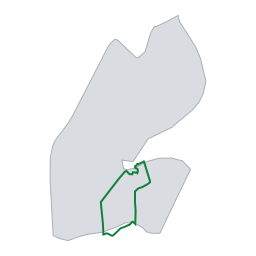 location of Dilkhil, Dikhil, Djibouti
{"feature_id": "41766387B9467441741428", "entity_name": "Dilkhil", "entity_type": "district", "adm_level": 2, "iso_a3": "DJI", "parent_name": "Djibouti", "parent_adm1": "Dikhil", "projection": "equal_earth", "projection_center": [42.604, 11.271], "detail": "fine", "context": "in_parent", "style": "outline", "palette": "green", "viewbox_px": 256, "rotation_deg": 0, "n_neighbors": 0, "source": "geoboundaries", "source_scale": "gbopen_adm2", "svg_char_len": 1836}
<svg xmlns="http://www.w3.org/2000/svg" viewBox="0 0 256 256"><path d="M190.5,169.3L182.3,186.4L171.8,208.3L159.9,233.2L152.4,233.4L146.6,231.9L142.7,227.7L134.5,223.1L125.3,222.8L116.5,227.1L101.6,232.4L88.1,234.2L77.3,237.1L68.3,240.6L60.2,238.8L53.2,235.6L51.7,209.1L50.1,180.4L50.3,158.0L52.8,145.6L55.0,140.8L67.7,123.7L72.1,116.7L86.6,88.5L99.0,64.3L108.3,46.2L111.2,42.6L115.1,39.2L117.9,40.2L135.9,57.6L139.1,57.1L145.1,51.7L150.6,33.1L154.4,26.3L156.1,26.5L167.6,21.2L178.1,15.4L179.5,21.5L195.4,46.5L200.6,58.8L205.9,81.4L203.1,94.0L199.0,102.1L192.9,109.5L171.7,127.4L148.1,138.8L133.1,161.6L121.9,160.1L123.6,168.8L127.7,169.7L134.3,168.1L147.2,161.4L158.8,158.3L171.2,158.0L182.5,160.9L190.5,169.3Z" fill="#d9dde1" stroke="#a8b0b8" stroke-width="1"/><path d="M100.8,202.1L102.9,223.7L103.4,234.5L104.5,234.2L105.6,233.6L106.1,233.4L107.7,233.6L109.8,234.6L110.7,235.3L112.6,235.7L113.6,235.0L113.7,234.9L114.9,233.6L115.9,232.9L119.7,229.0L120.9,228.2L124.0,227.1L125.5,226.5L128.5,225.0L129.2,225.0L130.3,224.1L131.6,222.2L132.3,221.8L133.1,221.8L134.4,222.9L134.6,223.2L134.6,223.3L135.3,224.0L135.6,210.7L135.0,201.9L135.0,191.4L138.3,188.4L142.2,187.1L147.7,184.1L150.0,182.3L150.0,181.1L143.9,161.4L143.7,161.4L143.0,162.2L141.5,162.5L140.7,163.1L140.5,163.3L139.8,163.4L138.5,164.4L138.0,164.4L137.7,164.0L137.3,164.0L137.2,164.4L136.2,165.6L135.3,165.8L135.0,166.4L135.0,166.9L135.7,167.7L135.4,168.0L135.8,168.4L137.1,168.7L137.6,169.2L137.8,170.5L137.7,170.9L137.5,171.5L137.8,171.7L137.8,171.9L137.5,172.3L137.3,173.0L136.9,172.6L136.1,172.8L134.5,172.3L133.6,172.4L133.0,172.2L132.7,173.1L132.3,173.5L132.2,174.3L129.9,174.2L129.3,174.0L128.7,173.3L128.5,173.2L127.7,172.3L127.3,171.6L126.6,171.3L126.4,171.0L124.8,171.7L118.2,179.5L109.1,191.3L100.8,202.1Z" fill="none" stroke="#15803d" stroke-width="2"/></svg>